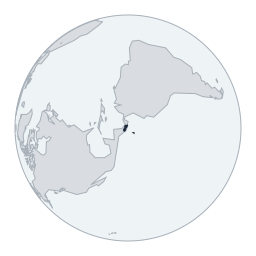 the Earth from above Puntarenas, rotated 259°
{"feature_id": "CRI-1330", "entity_name": "Puntarenas", "entity_type": "Province", "adm_level": 1, "iso_a3": "CRI", "parent_name": "Costa Rica", "parent_adm1": "", "projection": "orthographic", "projection_center": [-84.164, 7.924], "detail": "fine", "context": "on_globe", "style": "filled", "palette": "slate", "viewbox_px": 256, "rotation_deg": 259, "n_neighbors": 0, "source": "natural_earth", "source_scale": "10m", "svg_char_len": 8861}
<svg xmlns="http://www.w3.org/2000/svg" viewBox="0 0 256 256"><g transform="rotate(259 128 128)"><circle cx="128" cy="128" r="113" fill="#eef3f6" stroke="#a8b0b8"/><path d="M139.6,127.1L136.9,126.0L134.4,129.4L125.1,124.0L121.6,117.4L92.6,106.9L89.5,103.5L89.3,98.1L79.3,80.6L83.8,97.0L79.9,93.8L76.8,87.9L78.5,86.5L76.4,78.1L72.9,74.9L72.5,64.9L79.2,52.7L80.3,54.6L81.8,51.8L80.5,49.4L79.2,48.6L82.5,38.5L79.2,34.0L74.6,35.3L78.4,33.1L67.4,37.9L63.3,38.8L70.1,36.2L72.4,34.8L70.8,34.4L72.8,33.0L73.2,32.1L75.8,30.5L79.6,29.5L81.3,28.6L80.0,28.4L81.9,27.0L83.5,27.3L86.8,25.0L93.7,23.8L95.9,27.3L101.9,26.6L109.9,30.4L111.3,29.3L115.3,30.5L118.4,29.7L119.0,30.9L121.0,29.3L119.8,28.3L120.3,27.3L122.0,26.8L123.1,28.3L122.4,28.7L123.6,28.9L123.4,29.9L124.5,29.1L125.6,31.2L127.1,28.6L130.1,29.7L130.1,31.3L126.7,31.8L118.4,38.0L117.4,40.3L119.3,42.7L130.1,45.3L130.4,47.9L133.2,50.7L134.6,48.8L132.9,45.9L136.2,43.4L133.7,40.6L134.7,39.3L133.5,36.4L137.3,36.2L141.7,37.6L142.9,40.2L144.9,41.0L146.7,38.3L151.8,43.1L160.0,46.8L161.0,48.3L157.5,51.3L150.0,51.7L145.4,57.0L152.1,53.1L154.3,57.5L156.2,58.2L158.2,57.9L158.8,56.1L160.3,57.7L154.3,61.8L152.8,60.4L154.8,59.0L151.3,59.4L147.2,62.8L148.6,65.1L141.1,68.9L142.0,70.7L140.8,72.8L139.9,69.5L141.4,75.6L132.7,83.0L134.7,94.5L128.8,85.8L124.2,84.9L118.8,85.3L119.0,87.1L111.5,86.0L105.1,90.1L103.3,99.3L106.3,106.4L114.6,106.5L116.8,102.4L122.7,101.5L119.0,112.3L129.4,113.6L128.7,121.8L131.8,125.9L136.9,124.6L142.2,126.5L145.8,121.6L151.6,118.8L152.0,125.4L155.0,119.2L158.5,122.2L170.0,121.4L169.2,122.9L178.9,130.1L188.9,132.8L191.3,137.5L190.1,140.5L193.5,141.1L193.5,143.0L206.4,144.7L212.5,148.8L212.0,155.5L206.2,163.8L199.5,180.2L188.8,186.3L185.1,192.7L175.0,202.1L168.6,201.8L169.4,206.0L165.0,208.8L160.6,209.2L159.0,212.1L155.7,212.4L157.3,214.2L150.9,218.0L151.5,220.9L146.5,223.9L147.0,225.4L145.5,225.4L143.7,226.1L143.1,227.0L139.0,225.6L139.1,221.9L141.4,220.0L139.5,219.7L144.5,214.4L142.0,215.6L144.5,207.5L148.9,200.6L153.6,179.9L151.6,175.8L143.5,171.1L133.7,155.3L136.6,148.6L134.3,145.6L141.8,135.9L139.6,127.1ZM26.9,96.5L27.7,93.9L27.8,95.6L26.9,96.5ZM27.7,92.4L27.6,93.2L27.6,92.5L27.7,92.4ZM27.5,91.8L27.7,92.2L27.4,92.0L27.5,91.8ZM27.1,91.4L27.4,91.5L27.1,91.4ZM134.4,98.5L146.3,103.7L139.8,104.6L141.0,103.5L137.9,101.3L132.3,99.4L126.5,100.8L134.4,98.5ZM26.9,90.1L26.9,89.7L27.2,89.5L26.9,90.1ZM139.1,91.9L137.1,91.5L139.1,91.4L139.1,91.9ZM78.3,48.6L80.2,49.6L80.7,52.4L78.9,51.7L78.3,48.6ZM77.8,43.9L79.3,43.7L77.5,46.4L77.2,45.6L77.8,43.9ZM70.9,36.7L72.0,36.9L70.2,37.3L70.9,36.7ZM72.8,32.2L71.8,32.7L72.4,32.1L72.8,32.2ZM131.5,36.7L132.5,36.6L132.2,37.2L131.5,36.7ZM130.0,35.7L129.0,36.6L128.2,36.3L128.8,35.7L130.0,35.7ZM77.0,29.2L78.3,28.2L77.6,29.0L77.0,29.2ZM131.5,34.8L126.8,35.6L125.3,35.0L126.6,32.7L131.5,34.8ZM79.5,27.5L82.5,25.5L80.6,26.2L87.8,23.3L82.8,25.8L82.3,26.6L81.2,26.7L79.5,27.5ZM118.7,28.2L120.0,29.2L117.3,28.8L118.7,28.2ZM116.9,28.2L107.9,29.1L106.9,27.6L110.1,27.5L107.4,26.2L111.3,25.0L113.7,25.4L113.6,26.6L115.1,25.3L116.9,28.2ZM91.2,22.2L92.5,21.7L91.9,22.0L91.2,22.2ZM120.3,26.9L118.6,27.1L117.6,25.8L120.8,25.1L120.1,25.7L120.3,26.9ZM104.8,26.5L104.7,25.6L107.7,24.3L108.1,23.8L111.3,24.8L104.8,26.5ZM121.2,25.8L122.5,24.9L124.5,25.1L121.9,26.6L121.2,25.8ZM115.9,25.7L115.6,25.1L116.8,25.2L115.9,25.7ZM132.6,26.0L130.5,26.0L129.8,25.3L132.6,26.0ZM122.8,24.5L122.1,24.4L121.6,24.2L122.8,23.7L122.8,24.5ZM113.3,23.9L114.6,23.7L112.1,23.4L114.3,22.6L116.1,23.5L116.3,22.8L117.0,22.6L117.6,23.6L113.3,23.9ZM122.5,22.6L125.5,23.8L129.5,23.7L130.2,24.3L123.8,24.3L122.5,22.6ZM119.6,23.1L121.6,22.9L121.5,23.6L120.1,24.2L119.6,23.1ZM115.2,21.8L111.4,22.8L111.1,22.6L115.2,21.8ZM123.7,22.4L123.0,22.1L124.0,22.3L123.7,22.4ZM117.8,21.8L116.5,22.1L116.3,21.9L117.8,21.8ZM122.6,21.4L123.5,21.8L122.6,22.1L122.6,21.4ZM120.4,21.5L120.4,21.1L121.7,22.0L119.9,21.6L120.4,21.5ZM117.8,21.5L117.2,21.5L118.4,21.4L117.8,21.5ZM125.5,20.1L127.4,21.2L125.3,21.9L123.8,20.7L125.5,20.1ZM145.6,228.5L139.2,226.2L142.9,227.2L146.3,225.8L149.3,227.5L145.6,228.5ZM155.1,224.6L158.6,223.6L159.2,224.0L156.9,224.8L155.1,224.6ZM206.5,47.2L206.0,46.7L208.3,49.1L208.9,49.6L211.4,52.2L208.4,49.4L210.2,52.3L217.5,63.1L217.4,65.0L215.1,64.2L207.5,54.9L208.4,51.9L205.6,49.0L201.1,46.1L201.8,45.6L200.1,44.2L200.0,43.2L195.6,39.0L194.9,37.9L189.1,33.9L187.9,33.0L191.7,35.5L193.9,36.9L192.4,35.6L199.6,41.1L206.5,47.2ZM177.7,26.9L176.9,26.5L176.4,26.3L177.7,26.9ZM171.6,24.1L178.4,27.3L181.0,28.6L182.8,29.6L189.9,33.9L191.5,35.1L185.0,31.3L186.7,32.8L180.9,29.6L165.8,22.0L161.6,20.5L161.8,20.5L171.6,24.1ZM90.8,21.7L88.7,22.5L89.0,22.4L91.0,21.7L87.8,23.3L80.6,26.2L80.2,26.2L76.0,28.4L75.7,28.3L74.4,29.0L82.4,25.0L90.8,21.7ZM240.3,119.3L240.3,119.7L239.9,116.2L239.8,116.7L237.1,123.2L234.6,119.3L227.9,105.6L227.3,98.8L224.3,92.0L217.5,65.4L219.2,65.5L217.4,59.5L217.7,59.9L221.3,64.9L221.5,65.2L225.9,72.3L229.7,79.6L233.0,87.2L235.7,95.0L237.8,103.0L239.4,111.1L240.3,119.3ZM223.5,77.6L224.6,79.6L223.5,77.6ZM170.3,121.3L171.7,122.5L169.9,122.6L170.3,121.3ZM139.1,107.3L141.5,107.4L142.9,108.4L141.0,108.8L139.1,107.3ZM159.3,106.6L162.1,107.1L159.3,107.8L159.3,106.6ZM148.2,104.3L157.1,106.5L151.7,108.7L146.0,107.4L149.9,106.7L148.2,104.3ZM138.3,95.7L139.8,96.1L139.5,97.3L138.3,95.7ZM140.6,91.8L140.0,92.0L139.1,91.0L140.6,91.8ZM154.6,57.3L155.1,57.0L157.3,57.1L156.4,57.8L154.6,57.3ZM165.7,53.3L167.9,56.0L165.8,54.5L165.0,55.9L159.6,54.7L161.1,49.0L161.4,51.7L165.7,53.3ZM152.8,52.0L156.1,53.1L152.4,52.1L152.8,52.0ZM190.6,38.5L192.0,38.9L194.1,40.6L195.0,42.9L192.0,40.3L190.6,38.5ZM193.5,39.2L186.8,35.2L185.9,34.0L187.5,35.3L187.7,34.8L190.3,36.9L196.0,39.9L198.2,41.7L198.7,44.3L197.3,42.3L196.1,41.9L193.5,39.2ZM171.1,30.5L168.2,29.6L170.2,27.9L172.7,29.0L173.7,31.0L171.4,31.0L171.1,30.5ZM134.7,30.9L133.5,31.2L133.2,30.7L134.0,30.0L134.7,30.9ZM131.7,26.0L139.8,29.0L138.8,29.5L144.8,31.1L144.5,33.0L140.6,31.9L144.8,34.8L141.2,34.6L144.4,36.5L135.8,33.7L132.7,33.9L136.3,32.9L136.7,31.0L135.9,30.2L131.5,28.3L125.0,28.1L124.4,26.5L125.6,25.4L127.1,25.2L127.0,26.2L129.0,25.2L130.1,26.6L131.7,26.0ZM140.7,18.2L140.1,18.8L144.2,18.4L145.3,19.2L145.7,19.2L147.8,19.9L151.1,20.7L151.1,21.1L152.4,21.3L153.8,21.9L155.6,22.4L156.2,23.3L158.4,24.0L157.4,24.1L161.1,25.1L158.6,24.8L160.2,25.8L161.7,25.6L160.7,31.1L162.1,34.2L164.7,37.1L160.2,36.7L154.9,33.9L150.0,30.4L149.2,27.7L147.3,28.1L146.4,27.1L148.3,27.1L144.8,26.4L144.6,25.6L140.2,23.5L135.3,23.3L133.6,22.7L135.4,22.4L132.4,22.0L134.6,21.1L133.4,20.7L134.3,19.5L138.4,19.3L136.8,18.9L137.4,18.2L140.7,18.2ZM125.9,19.7L130.6,19.0L133.5,19.2L130.6,21.2L131.4,21.7L129.7,23.4L125.6,23.1L126.4,22.7L126.3,22.2L127.7,22.4L126.5,21.8L127.7,21.2L127.1,20.7L128.8,20.5L125.9,19.7ZM213.0,54.4L212.6,53.8L215.1,56.7L215.2,57.0L213.0,54.4ZM210.2,51.2L212.4,53.6L211.3,52.4L210.2,51.2ZM191.1,35.0L190.4,34.4L191.2,34.9L192.5,35.9L191.1,35.0ZM153.2,18.7L152.4,18.7L151.6,18.5L148.2,18.0L147.1,17.6L148.8,17.7L153.2,18.7ZM151.5,18.1L150.2,18.0L150.4,17.9L151.5,18.1ZM146.1,17.3L146.1,17.1L146.6,17.5L146.1,17.3ZM140.7,16.1L142.6,16.3L142.3,16.3L140.7,16.1ZM91.8,21.8L92.5,21.7L91.2,22.1L91.8,21.8Z" fill="#d9dde1" stroke="#a8b0b8" stroke-width="1"/><path d="M130.4,125.7L130.4,125.8L130.4,125.7L130.5,125.7L130.5,125.8L130.8,126.0L130.7,126.1L130.5,126.3L130.4,126.3L130.5,126.6L130.6,126.8L130.5,127.0L130.4,127.0L130.2,127.2L130.2,127.3L130.3,127.3L130.5,127.6L130.5,127.8L130.4,127.8L130.4,127.7L130.5,127.7L130.3,127.4L130.0,127.2L130.1,126.9L129.9,126.7L130.0,126.7L129.9,126.6L129.7,126.6L129.6,126.4L129.4,126.4L129.3,126.5L129.5,126.7L129.7,126.8L129.7,127.0L129.4,127.0L129.2,127.0L129.1,126.9L128.9,126.7L129.0,126.5L129.0,126.4L129.0,126.2L129.1,125.9L128.9,125.7L128.7,125.5L128.5,125.3L128.3,125.2L128.1,125.1L127.9,125.0L127.8,124.9L127.7,124.9L127.4,124.8L127.2,124.8L127.1,124.7L127.1,124.4L127.0,124.2L126.9,124.2L126.7,124.0L126.8,124.0L126.8,123.9L126.7,123.9L126.4,123.8L126.4,123.7L126.2,123.6L126.3,123.6L126.5,123.7L126.6,123.4L126.8,123.3L127.0,123.4L127.1,123.5L127.1,123.8L127.3,123.9L127.2,123.9L127.2,124.0L127.2,124.3L127.3,124.3L127.2,124.4L127.2,124.5L127.3,124.7L127.3,124.8L127.5,124.8L127.5,124.7L127.8,124.7L128.0,124.7L128.0,124.8L128.3,125.0L128.5,125.1L128.6,125.3L128.8,125.5L128.8,125.4L128.9,125.5L129.0,125.6L129.2,125.8L129.3,125.8L129.3,125.7L129.3,125.4L129.4,125.2L129.5,125.2L129.8,125.2L129.8,125.3L130.0,125.4L130.2,125.6L130.3,125.6L130.4,125.7ZM126.1,123.9L126.2,124.0L126.3,124.0L126.5,124.0L126.5,124.3L126.5,124.5L126.4,124.4L126.4,124.5L126.2,124.6L126.2,124.8L126.1,124.7L125.9,124.5L126.0,124.4L126.0,124.2L125.9,124.1L126.0,124.0L126.0,123.9L126.1,123.9ZM126.1,123.7L126.2,123.8L126.0,123.7L126.1,123.7ZM122.3,132.7L122.2,132.7L122.3,132.6L122.3,132.7ZM128.5,126.5L128.5,126.4L128.6,126.5L128.5,126.5Z" fill="#64748b" stroke="#1e293b" stroke-width="1.5"/></g></svg>